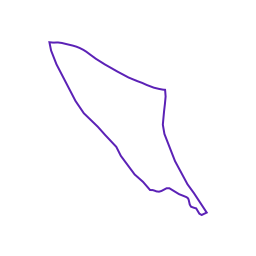 the district of San Martín Zapotitlán, Retalhuleu, Guatemala, rotated 256°
{"feature_id": "79465075B10941026506975", "entity_name": "San Martín Zapotitlán", "entity_type": "district", "adm_level": 2, "iso_a3": "GTM", "parent_name": "Guatemala", "parent_adm1": "Retalhuleu", "projection": "albers", "projection_center": [-91.598, 14.614], "detail": "fine", "context": "isolated", "style": "outline", "palette": "violet", "viewbox_px": 256, "rotation_deg": 256, "n_neighbors": 0, "source": "geoboundaries", "source_scale": "gbopen_adm2", "svg_char_len": 883}
<svg xmlns="http://www.w3.org/2000/svg" viewBox="0 0 256 256"><g transform="rotate(256 128 128)"><path d="M230.2,72.5L221.8,72.1L207.1,74.0L166.9,83.6L153.0,88.7L136.5,99.0L126.6,104.2L112.5,112.1L102.7,114.3L81.3,123.2L72.0,129.6L62.5,134.4L61.8,136.9L60.8,138.6L59.6,140.3L58.7,142.7L58.8,145.2L60.2,150.9L59.5,153.6L51.4,161.6L49.7,164.0L48.4,165.8L46.7,168.1L45.1,169.3L43.3,169.5L38.8,169.4L36.4,170.1L34.7,172.6L33.5,174.7L27.6,176.5L25.8,178.4L26.9,183.9L48.9,176.2L59.0,172.1L84.5,165.6L113.4,161.9L122.8,162.6L135.4,167.0L142.3,169.6L149.4,172.1L154.1,172.9L156.1,173.2L156.8,171.1L158.4,167.6L160.9,162.8L165.2,156.6L168.3,152.7L171.5,148.0L176.9,140.7L185.2,131.5L195.4,120.8L202.9,113.6L208.8,108.7L212.1,106.0L214.6,103.6L217.3,100.5L219.4,97.6L221.3,94.4L224.6,88.0L226.5,84.4L228.0,80.6L228.9,76.2L230.2,72.5Z" fill="none" stroke="#5b21b6" stroke-width="2"/></g></svg>